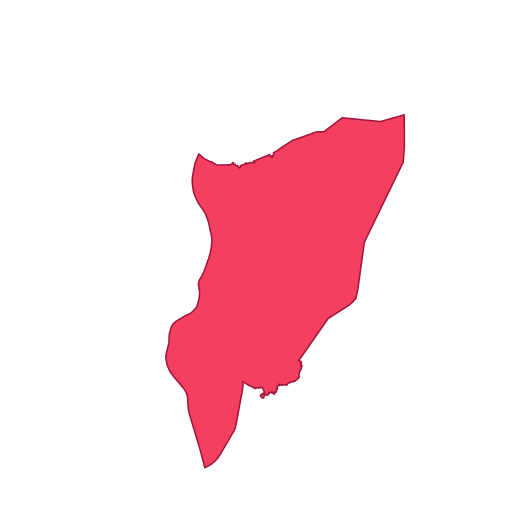 outline of Ringsaker nor, Hedmark, Norway, rotated 36°
{"feature_id": "86288312B88034001552428", "entity_name": "Ringsaker nor", "entity_type": "district", "adm_level": 2, "iso_a3": "NOR", "parent_name": "Norway", "parent_adm1": "Hedmark", "projection": "mercator", "projection_center": [10.885, 60.986], "detail": "fine", "context": "isolated", "style": "filled", "palette": "rose", "viewbox_px": 512, "rotation_deg": 36, "n_neighbors": 0, "source": "geoboundaries", "source_scale": "gbopen_adm2", "svg_char_len": 5740}
<svg xmlns="http://www.w3.org/2000/svg" viewBox="0 0 512 512"><g transform="rotate(36 256 256)"><path d="M244.3,392.8L245.8,394.3L248.2,396.4L251.6,398.5L253.3,399.4L255.6,400.5L257.2,401.0L259.0,401.5L260.4,402.1L269.2,404.1L275.9,405.9L277.9,406.6L279.0,407.1L280.6,408.1L282.7,409.6L283.8,410.7L284.6,411.7L286.4,413.7L288.6,416.6L289.1,417.1L290.5,418.7L293.3,421.6L295.4,423.3L324.8,445.7L339.0,457.3L340.5,454.6L342.3,450.6L343.3,446.3L343.6,444.2L343.9,441.6L343.8,439.6L343.7,437.3L340.9,409.7L340.4,407.8L339.0,404.2L333.9,393.4L333.0,391.6L326.2,377.3L325.2,375.2L323.1,371.0L322.3,369.5L321.1,367.7L319.2,365.5L327.4,364.7L328.3,364.5L329.2,364.2L330.0,364.1L331.3,364.1L331.2,363.8L333.6,363.5L333.6,362.7L333.8,362.7L334.0,362.5L334.7,361.4L335.3,361.5L335.3,361.4L335.9,360.9L336.9,360.3L336.9,359.9L337.0,359.6L336.9,359.4L338.3,359.0L338.5,358.7L339.3,359.3L340.1,359.6L340.7,360.0L341.7,360.4L342.6,361.0L342.9,361.3L342.6,361.5L343.0,362.2L343.2,362.6L343.4,362.8L343.1,363.0L343.1,362.9L342.7,362.9L342.7,363.0L342.2,363.6L342.5,364.0L341.6,364.8L341.5,365.1L341.5,365.8L341.6,366.3L341.9,366.6L343.1,367.0L344.4,367.2L345.3,366.6L345.6,366.2L345.0,364.7L344.9,364.4L344.6,364.1L344.4,363.4L344.5,363.2L344.9,363.0L344.6,362.7L344.8,362.5L345.3,362.8L347.3,361.6L347.0,361.3L346.9,361.0L347.6,359.8L347.4,359.5L347.2,359.8L347.0,359.5L347.0,359.0L346.8,359.1L346.6,358.8L347.4,358.5L347.8,358.2L348.1,357.6L348.3,357.0L348.7,356.6L349.0,356.9L349.0,357.1L349.1,356.8L349.2,356.7L349.4,357.0L349.6,357.4L350.0,357.1L350.1,356.9L350.8,356.7L351.5,357.3L352.0,356.8L352.1,356.6L351.2,356.3L351.0,356.1L350.9,356.0L350.9,355.6L351.0,355.5L352.1,354.4L352.3,354.0L352.3,353.8L352.2,353.5L352.1,353.3L351.4,352.5L351.4,352.4L351.5,352.2L351.4,352.1L351.1,352.1L351.4,351.2L351.5,350.6L350.8,350.1L350.5,350.0L350.4,349.8L350.2,349.8L349.8,349.4L349.7,349.2L349.8,348.8L350.0,347.7L350.0,347.3L350.0,347.2L350.4,347.4L351.0,347.1L350.6,346.3L351.0,346.1L350.7,346.0L351.2,345.8L351.4,345.9L351.6,345.8L352.2,345.7L352.5,345.6L352.8,345.3L353.0,345.2L352.9,345.1L353.2,345.0L353.3,344.8L353.6,344.6L353.9,344.2L355.0,343.2L356.0,343.1L356.0,342.5L356.2,342.2L356.3,342.0L356.9,341.9L356.9,341.7L356.7,341.6L356.6,341.2L356.7,340.9L356.7,340.1L356.9,339.8L357.3,339.6L357.3,339.4L357.5,339.0L357.5,338.7L357.5,338.4L358.1,338.2L358.3,337.8L358.4,337.7L358.3,337.2L358.5,336.8L359.0,336.4L359.5,336.2L359.9,335.5L360.5,335.3L360.7,335.0L360.8,334.7L360.8,334.3L361.0,334.2L361.8,331.6L361.9,331.2L361.9,330.8L361.9,330.5L362.2,330.1L362.3,329.8L362.2,329.4L362.2,329.1L362.0,328.9L361.9,328.6L361.7,328.1L360.6,327.2L360.5,326.7L360.4,326.4L360.0,325.8L359.8,325.0L359.5,324.5L359.4,324.2L359.4,323.9L359.2,323.5L359.2,323.0L359.2,322.5L358.9,321.9L359.0,321.5L358.9,320.9L358.9,320.7L358.6,320.3L358.6,319.8L358.5,319.5L358.0,319.2L357.8,319.0L357.8,318.7L357.7,318.3L357.7,318.0L357.8,317.7L357.6,317.7L357.1,317.9L356.8,318.1L356.0,317.7L355.8,317.7L355.8,317.4L355.6,317.0L356.0,316.8L355.8,316.1L355.3,315.4L354.9,315.3L354.3,314.8L353.7,315.2L352.6,315.3L352.1,315.5L351.8,300.0L351.1,264.2L360.5,240.4L360.9,237.6L361.3,237.0L361.7,231.4L361.2,230.2L358.0,223.1L335.6,181.2L329.5,147.2L320.0,93.7L311.9,80.5L301.5,66.2L292.9,54.7L277.6,74.1L269.2,79.0L268.0,79.7L263.2,82.6L255.1,87.2L244.5,93.5L237.8,115.7L232.0,120.0L219.4,138.5L217.9,140.6L217.3,141.6L214.4,149.1L213.4,151.8L212.0,155.7L211.3,157.9L210.0,161.0L209.4,162.2L210.3,162.7L210.2,162.8L210.6,163.6L210.6,164.0L210.5,164.4L210.4,165.0L210.1,165.6L210.4,165.7L210.8,165.8L211.0,166.0L211.2,166.3L211.0,166.6L210.1,166.8L209.1,166.8L208.8,166.7L208.5,166.8L208.4,166.6L207.6,166.2L207.4,165.9L198.4,180.6L199.1,180.9L199.9,181.0L199.8,181.7L199.5,181.7L199.4,181.8L198.6,182.1L198.4,182.3L198.3,182.6L198.1,183.0L196.7,183.5L194.4,186.5L193.6,186.4L193.1,186.8L192.9,187.2L192.9,187.4L192.9,187.6L193.0,187.6L193.3,187.9L192.8,188.5L190.3,192.0L190.3,192.4L190.7,192.5L190.9,192.9L191.0,193.5L191.3,193.7L191.1,194.0L190.9,194.3L190.2,194.7L189.7,194.5L189.3,194.4L189.2,194.4L188.0,194.1L188.0,193.8L186.4,194.7L185.2,194.0L184.9,194.3L184.5,194.7L184.3,194.5L183.7,194.5L183.3,194.3L182.9,193.9L182.5,193.8L182.4,194.0L182.2,194.8L182.3,194.9L182.3,195.0L182.4,195.4L182.4,196.1L181.9,196.6L181.4,197.4L180.8,197.8L178.1,200.1L176.2,201.4L170.9,205.5L168.3,205.6L168.1,205.6L166.6,205.9L165.8,205.7L164.6,205.9L164.2,206.1L163.9,206.5L163.7,206.5L160.6,207.2L159.9,207.1L158.7,207.3L158.1,207.4L157.5,207.6L156.7,207.8L155.9,207.7L155.4,207.6L154.7,207.7L154.2,207.4L153.5,207.3L149.7,207.1L152.2,217.1L157.0,227.2L158.7,230.5L160.9,233.6L162.9,236.0L165.3,238.4L167.5,240.5L169.7,242.2L173.6,244.7L174.9,245.4L175.4,245.6L176.6,246.3L180.9,248.1L185.3,249.5L189.4,251.1L191.3,252.2L192.5,253.1L194.1,254.0L195.2,254.8L197.6,256.6L199.6,258.2L203.5,261.9L206.4,264.3L208.3,266.1L209.7,267.5L211.0,269.1L211.8,270.4L214.0,273.9L214.3,274.6L215.3,276.3L216.4,278.8L216.9,279.8L217.5,281.4L218.5,284.1L219.0,285.2L219.2,285.9L219.5,287.3L220.3,289.7L222.8,298.4L223.4,300.7L223.5,301.9L223.9,304.1L224.3,308.7L224.7,309.9L224.9,310.5L225.5,312.0L225.9,312.4L226.3,313.1L230.0,316.8L231.0,317.7L231.7,318.6L232.5,319.7L234.7,323.4L235.7,325.5L236.1,326.6L237.1,329.4L237.9,332.0L237.9,334.6L237.6,336.1L237.4,337.7L236.9,340.0L236.4,341.6L236.0,342.1L235.8,342.6L235.5,343.0L235.1,343.8L234.8,344.2L234.4,344.9L233.7,346.2L229.7,355.7L229.1,358.1L229.0,359.0L228.9,360.4L229.0,361.7L229.2,363.3L231.2,368.7L231.5,369.5L232.1,370.8L232.5,371.4L235.1,375.2L235.9,376.4L236.4,376.9L236.6,377.2L237.1,378.5L237.5,379.8L238.1,381.1L238.7,382.7L240.3,386.7L241.0,388.2L241.8,389.7L242.7,391.0L244.3,392.8Z" fill="#f43f5e" stroke="#9f1239" stroke-width="1.5"/></g></svg>